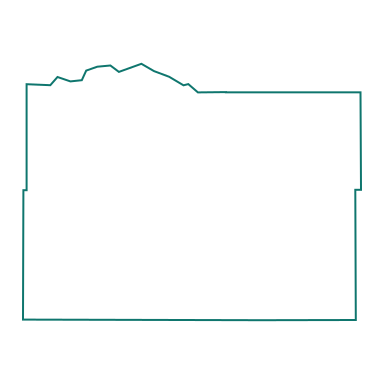 the district of Wheatland, Montana, United States of America
{"feature_id": "52423323B53339114724210", "entity_name": "Wheatland", "entity_type": "district", "adm_level": 2, "iso_a3": "USA", "parent_name": "United States of America", "parent_adm1": "Montana", "projection": "natural_earth1", "projection_center": [-109.939, 46.486], "detail": "fine", "context": "isolated", "style": "outline", "palette": "teal", "viewbox_px": 384, "rotation_deg": 0, "n_neighbors": 0, "source": "geoboundaries", "source_scale": "gbopen_adm2", "svg_char_len": 409}
<svg xmlns="http://www.w3.org/2000/svg" viewBox="0 0 384 384"><path d="M26.6,84.2L26.6,190.2L23.4,190.2L23.0,319.6L260.8,320.2L355.8,320.0L355.3,189.8L361.0,189.8L360.5,92.3L225.9,92.3L225.9,92.1L197.9,92.4L188.3,84.1L183.5,85.3L169.2,76.8L154.0,71.1L141.4,63.8L118.9,71.9L110.4,65.5L97.3,66.7L86.2,70.6L81.8,80.2L70.4,81.4L57.5,77.0L50.3,85.2L26.6,84.2Z" fill="none" stroke="#0f766e" stroke-width="2"/></svg>